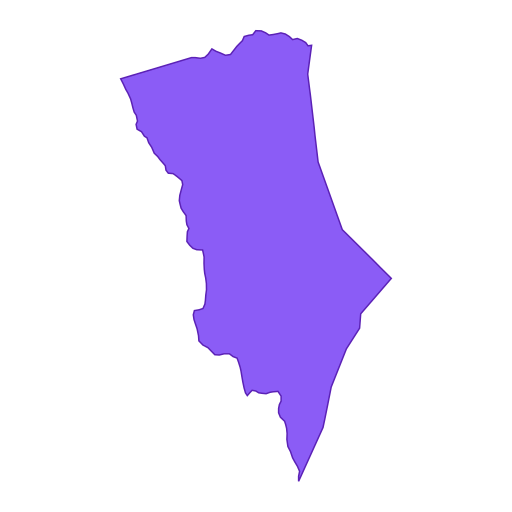 the district of Uibaí, Bahia, Brazil
{"feature_id": "56859067B36146349449038", "entity_name": "Uibaí", "entity_type": "district", "adm_level": 2, "iso_a3": "BRA", "parent_name": "Brazil", "parent_adm1": "Bahia", "projection": "natural_earth1", "projection_center": [-42.132, -11.409], "detail": "fine", "context": "isolated", "style": "filled", "palette": "violet", "viewbox_px": 512, "rotation_deg": 0, "n_neighbors": 0, "source": "geoboundaries", "source_scale": "gbopen_adm2", "svg_char_len": 2011}
<svg xmlns="http://www.w3.org/2000/svg" viewBox="0 0 512 512"><path d="M120.7,78.8L123.4,84.1L125.8,89.4L127.9,93.0L130.6,98.9L131.8,103.2L133.0,108.1L134.2,112.1L136.3,115.3L137.5,121.1L136.1,124.4L137.1,129.2L141.5,131.7L144.4,136.2L147.0,137.8L148.7,142.7L151.7,147.3L154.3,153.3L157.7,156.5L159.9,159.5L162.3,162.2L165.3,165.7L166.0,170.2L168.3,173.2L173.1,173.6L177.2,176.6L181.9,180.6L182.7,184.6L181.4,189.3L179.8,195.4L179.3,200.7L180.1,204.2L181.1,208.2L183.2,211.6L186.1,215.6L186.3,221.0L186.9,224.7L188.9,228.5L187.4,231.7L187.1,236.2L186.9,241.5L189.7,245.2L192.9,248.3L196.7,249.7L202.6,250.0L203.4,253.6L204.1,257.0L204.0,263.3L204.3,269.5L204.7,273.2L205.7,278.0L206.4,283.5L206.5,289.8L205.8,295.1L205.4,300.4L204.9,304.1L203.0,308.5L199.1,309.8L194.4,310.6L193.3,314.8L194.0,319.5L195.4,323.8L197.1,328.8L198.5,335.6L198.9,340.9L203.0,345.1L208.0,347.7L211.1,350.9L214.8,354.7L219.3,355.0L224.1,353.8L229.4,353.8L233.1,356.6L237.1,358.1L238.6,362.3L240.2,367.4L241.0,371.0L241.8,375.9L242.8,381.8L244.1,388.0L245.5,392.9L247.3,395.6L249.9,392.6L252.1,390.3L255.8,391.0L258.7,392.8L262.1,393.3L266.1,393.7L270.0,392.3L273.0,391.8L278.0,391.4L281.1,396.1L281.1,401.1L279.4,404.5L278.6,408.5L278.6,412.8L280.4,417.2L284.6,421.2L285.7,424.6L286.6,428.3L287.1,433.4L286.9,439.5L287.9,446.5L290.5,451.6L292.6,457.8L294.7,461.7L297.4,466.2L299.6,471.3L298.6,476.2L298.6,481.3L323.0,427.5L324.6,420.0L327.7,404.7L331.2,387.0L346.4,348.8L359.6,328.2L360.7,313.8L391.3,278.4L379.9,267.1L374.1,261.2L342.3,229.7L318.1,162.0L315.0,135.7L314.2,127.8L310.3,94.4L309.8,90.7L307.7,74.1L311.6,45.3L308.0,45.8L305.7,42.6L301.7,40.2L297.3,38.5L292.6,39.6L289.4,36.6L285.3,34.0L280.9,32.9L278.0,33.6L273.3,34.5L269.0,35.1L265.6,32.8L261.3,30.9L255.8,30.7L252.7,34.7L248.6,35.3L244.2,36.5L242.4,40.7L239.3,43.8L236.8,46.4L234.0,50.0L230.5,54.5L225.5,55.3L220.4,53.0L216.0,51.3L211.9,48.9L208.2,54.2L204.8,57.4L200.4,58.3L195.2,57.6L191.5,57.6L120.7,78.8Z" fill="#8b5cf6" stroke="#5b21b6" stroke-width="1.5"/></svg>